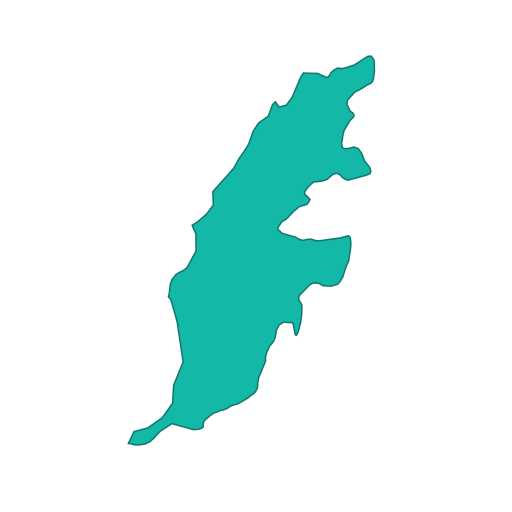 outline of Lima Province, rotated 45°
{"feature_id": "PER-587", "entity_name": "Lima Province", "entity_type": "Captial District", "adm_level": 1, "iso_a3": "PER", "parent_name": "Peru", "parent_adm1": "", "projection": "equal_earth", "projection_center": [-76.899, -12.031], "detail": "fine", "context": "isolated", "style": "filled", "palette": "teal", "viewbox_px": 512, "rotation_deg": 45, "n_neighbors": 0, "source": "natural_earth", "source_scale": "10m", "svg_char_len": 2535}
<svg xmlns="http://www.w3.org/2000/svg" viewBox="0 0 512 512"><g transform="rotate(45 256 256)"><path d="M298.3,478.8L293.9,466.4L301.0,454.3L304.1,436.8L301.1,419.0L289.2,405.7L279.4,382.5L246.4,358.0L226.6,347.0L222.8,346.7L221.5,344.3L215.5,336.7L213.3,332.3L212.5,325.7L213.4,321.7L214.8,318.1L215.5,313.1L210.0,294.7L197.9,282.9L189.1,279.4L190.6,273.1L191.4,261.1L189.8,250.1L180.0,241.1L178.2,209.8L175.2,199.3L172.6,185.3L171.1,180.7L165.7,169.6L163.8,160.0L165.8,148.5L160.7,137.4L160.7,133.2L167.0,134.4L170.8,128.0L169.4,118.4L161.0,97.5L160.2,92.6L160.3,92.6L161.0,92.4L170.4,83.4L179.4,79.9L180.5,78.5L180.1,75.9L179.4,73.5L179.6,69.8L180.7,65.5L184.4,62.6L187.0,58.3L190.4,51.5L193.8,36.0L194.8,34.5L196.3,33.2L200.6,33.9L203.3,35.9L205.8,38.6L208.6,41.0L213.5,47.4L214.9,50.0L215.1,52.4L213.6,56.7L212.5,62.1L210.0,70.4L210.3,80.3L211.5,82.6L213.1,84.5L220.2,87.0L223.3,86.4L225.6,87.0L226.6,88.3L226.7,93.7L229.5,105.0L232.6,110.0L234.8,112.7L236.6,115.6L240.5,118.4L242.7,117.5L246.0,113.8L248.0,109.8L252.3,107.8L258.0,108.6L264.9,111.8L274.0,113.0L277.5,115.1L278.4,117.1L276.8,121.0L267.6,137.1L265.3,138.6L261.5,139.4L258.9,139.1L256.5,139.6L254.1,140.9L252.6,144.2L252.1,151.2L250.2,155.6L246.6,160.3L244.6,162.3L244.1,165.7L244.1,170.6L245.0,176.2L247.0,178.0L250.5,177.6L254.2,177.8L255.2,180.9L255.4,183.7L253.8,186.8L252.6,188.4L251.7,190.7L251.0,198.1L251.2,201.2L251.1,203.7L251.4,206.0L251.2,209.0L250.1,213.2L251.0,219.1L252.2,221.5L253.4,221.9L254.7,221.5L257.8,221.6L260.6,220.4L270.1,215.0L275.6,213.3L278.4,211.5L280.6,207.9L283.3,205.0L287.0,203.1L289.5,201.2L302.8,183.6L307.1,176.2L309.4,176.2L313.9,179.7L316.9,183.0L324.8,193.7L326.0,196.6L327.2,199.8L332.3,209.8L333.4,214.3L333.7,218.2L330.4,224.2L324.3,229.7L321.6,230.3L319.3,231.2L315.3,234.9L314.3,239.3L314.6,253.6L316.1,255.6L317.4,256.9L319.8,257.2L323.3,258.3L329.9,265.3L334.8,271.8L339.8,280.4L340.6,283.4L339.6,284.0L330.1,277.6L328.3,277.7L325.9,280.3L322.4,282.9L321.1,288.4L322.9,294.1L327.2,300.0L328.9,304.3L329.3,309.6L331.6,316.3L334.1,320.7L336.6,323.0L337.8,325.3L343.8,339.9L346.9,344.4L350.2,348.0L351.2,350.8L351.8,354.3L351.0,357.9L350.7,362.0L347.9,372.8L344.3,379.6L343.3,384.4L341.8,387.9L340.3,390.0L338.8,393.8L337.4,396.3L336.4,401.0L335.9,409.1L336.7,410.9L337.8,412.7L339.4,413.7L339.6,415.3L338.7,417.6L337.2,420.1L334.5,423.0L315.1,434.0L312.3,446.7L312.2,452.0L312.6,456.7L312.3,462.2L310.5,467.5L306.0,473.3L303.2,475.7L300.6,477.0L298.3,478.8Z" fill="#14b8a6" stroke="#0f766e" stroke-width="1.5"/></g></svg>